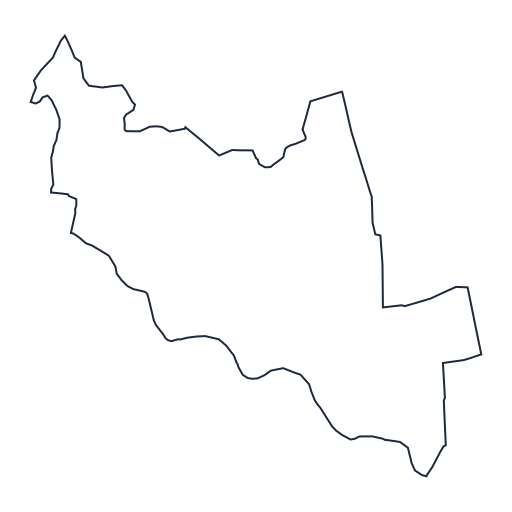 the district of Ans, Dhamar, Yemen
{"feature_id": "15242507B14895692006944", "entity_name": "Ans", "entity_type": "district", "adm_level": 2, "iso_a3": "YEM", "parent_name": "Yemen", "parent_adm1": "Dhamar", "projection": "equal_earth", "projection_center": [44.359, 14.441], "detail": "fine", "context": "isolated", "style": "outline", "palette": "slate", "viewbox_px": 512, "rotation_deg": 0, "n_neighbors": 0, "source": "geoboundaries", "source_scale": "gbopen_adm2", "svg_char_len": 4060}
<svg xmlns="http://www.w3.org/2000/svg" viewBox="0 0 512 512"><path d="M342.4,435.2L348.0,438.1L350.5,439.5L354.5,438.8L355.0,438.7L358.2,437.0L359.3,436.5L363.6,436.4L368.0,436.4L370.9,436.4L372.3,436.4L374.6,436.9L380.8,438.3L382.7,438.7L383.3,439.0L385.2,440.0L385.3,439.8L391.5,440.7L393.1,440.9L394.6,441.1L400.0,442.0L402.8,444.0L407.7,447.6L407.9,447.7L411.7,463.3L415.0,470.5L418.5,472.8L419.1,473.2L421.8,475.0L426.5,476.3L427.0,474.9L432.2,467.2L440.0,452.4L443.4,446.5L445.8,445.2L444.7,421.6L443.8,400.4L444.9,398.1L444.0,381.5L442.9,363.0L463.7,360.1L469.3,358.4L481.3,354.4L474.3,320.5L473.7,317.2L467.6,287.4L461.0,287.1L455.9,286.9L450.5,289.4L448.6,290.2L430.2,298.7L428.8,299.1L425.4,300.1L404.9,306.1L404.1,305.9L402.9,305.6L401.5,305.3L382.9,307.4L382.8,294.9L382.5,264.8L380.4,235.5L375.3,234.3L372.6,222.8L372.5,220.5L372.1,206.9L371.7,196.6L370.0,191.7L365.9,178.3L364.0,172.4L363.7,171.6L360.7,162.0L360.5,161.3L356.8,149.3L354.5,141.9L351.4,131.8L351.1,130.4L350.3,127.0L349.7,124.5L348.4,118.8L347.9,116.9L347.8,116.2L346.4,110.1L345.0,103.9L342.4,92.9L342.0,91.7L336.9,93.2L317.0,99.3L310.7,101.2L310.4,101.3L309.0,106.3L307.3,112.4L307.2,112.8L306.6,115.1L305.6,118.8L305.0,120.8L303.8,125.0L303.0,128.0L302.8,129.1L302.5,129.4L302.6,129.6L302.7,129.8L303.7,132.4L304.2,133.6L305.4,136.2L305.6,137.0L305.7,137.7L305.7,138.1L305.5,139.2L304.5,140.1L298.9,142.4L295.8,143.7L294.3,144.2L290.8,145.2L287.3,147.0L285.3,148.8L285.2,149.2L284.3,152.7L284.1,153.2L284.0,153.7L283.8,155.1L283.4,157.2L278.3,161.1L273.8,164.3L270.8,166.9L269.1,167.1L267.6,167.3L265.6,167.2L264.7,167.2L263.7,166.6L259.9,164.4L259.6,164.2L259.0,163.8L258.7,162.8L258.4,161.7L258.1,160.7L258.0,160.3L258.0,160.1L257.8,159.6L257.7,159.5L256.7,158.6L255.9,158.0L255.7,157.5L255.0,155.8L254.9,155.6L254.4,154.5L252.6,150.4L239.4,150.3L232.2,150.0L225.1,153.0L219.1,155.5L217.1,153.8L207.2,145.4L198.1,137.6L194.1,134.4L185.4,127.2L184.9,128.7L180.8,129.5L173.2,130.9L171.4,131.2L170.4,131.4L169.7,131.5L167.9,130.4L164.8,128.5L162.2,127.0L157.3,126.4L156.7,126.3L149.8,126.7L147.7,127.7L143.3,129.7L139.6,131.3L139.4,131.3L126.2,131.2L124.6,129.5L124.7,124.0L124.0,117.9L126.2,114.5L133.4,109.9L135.0,104.5L132.3,101.9L126.6,91.7L126.3,91.0L122.1,85.3L119.2,85.5L112.6,86.1L111.9,86.2L107.6,86.8L103.8,87.3L103.7,87.3L102.7,87.5L92.5,86.2L88.9,85.7L86.6,82.6L83.8,78.8L83.3,78.0L82.6,73.0L80.8,61.9L77.8,59.8L74.7,57.7L72.1,51.2L67.9,41.7L64.9,35.7L60.9,40.6L55.5,51.6L52.9,57.6L49.6,61.1L46.5,64.4L45.8,65.1L43.4,67.7L43.3,67.8L41.5,69.7L39.5,72.4L34.0,80.4L36.0,87.8L33.3,94.4L30.7,101.9L35.6,103.5L36.5,103.0L38.2,102.3L39.7,101.6L42.5,97.4L47.5,95.6L47.9,96.0L51.7,100.3L52.4,101.8L53.2,103.5L54.0,105.2L56.7,110.6L56.8,111.3L59.5,119.0L59.6,122.9L59.4,128.1L58.5,130.4L58.3,131.5L57.5,132.4L57.5,132.8L56.4,140.1L55.0,143.2L54.2,145.0L53.5,146.8L53.4,148.6L52.7,152.7L51.9,154.5L51.8,156.1L51.2,157.4L51.4,161.1L51.8,167.8L51.8,168.2L53.3,184.6L51.2,188.9L51.1,190.0L51.0,192.5L60.6,193.4L66.5,194.1L68.0,194.3L68.9,196.0L73.1,197.8L76.2,199.1L76.3,200.3L76.3,205.7L75.3,208.7L75.1,209.2L75.4,212.9L74.4,217.3L72.3,226.7L70.9,233.0L73.3,233.5L79.0,237.3L85.8,243.2L92.3,245.7L97.3,248.7L105.9,253.9L108.8,255.7L115.4,266.5L116.7,273.6L121.5,280.1L127.3,285.9L130.8,287.8L132.9,289.0L141.0,290.9L143.8,291.5L144.8,291.9L146.2,292.7L146.7,293.3L147.3,294.1L147.9,296.0L148.7,298.8L153.8,320.3L155.9,324.9L158.8,328.7L160.9,331.4L163.4,334.6L165.2,337.8L167.4,339.8L169.2,340.6L171.6,341.1L174.0,340.4L177.5,339.4L178.2,339.4L180.7,339.4L186.8,337.8L195.0,336.7L198.3,336.4L205.3,336.1L209.5,337.1L218.9,339.3L224.8,344.4L226.2,345.6L226.3,345.7L230.7,351.5L233.8,355.4L235.3,359.3L236.5,362.4L237.5,364.0L238.5,367.3L242.8,374.9L247.9,378.1L252.4,378.8L257.5,378.4L264.5,375.2L270.8,370.7L272.0,370.4L283.1,368.2L283.6,368.3L287.3,369.8L295.5,373.0L300.4,374.6L302.4,376.8L305.8,380.6L309.1,384.3L311.6,392.3L314.7,400.1L317.7,404.7L320.4,407.9L326.9,418.2L332.3,426.7L335.1,429.5L335.5,430.2L342.4,435.2Z" fill="none" stroke="#1e293b" stroke-width="2"/></svg>